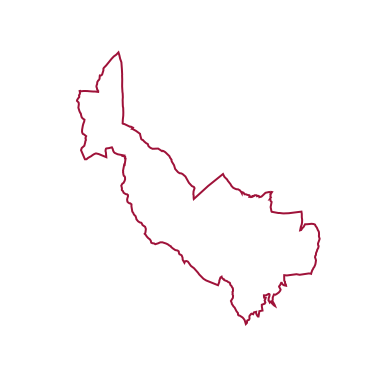 Mariano Escobedo, Veracruz, Mexico (orthographic projection), rotated 201°
{"feature_id": "50627088B59483317107239", "entity_name": "Mariano Escobedo", "entity_type": "district", "adm_level": 2, "iso_a3": "MEX", "parent_name": "Mexico", "parent_adm1": "Veracruz", "projection": "orthographic", "projection_center": [-97.17, 18.926], "detail": "fine", "context": "isolated", "style": "outline", "palette": "rose", "viewbox_px": 384, "rotation_deg": 201, "n_neighbors": 0, "source": "geoboundaries", "source_scale": "gbopen_adm2", "svg_char_len": 5987}
<svg xmlns="http://www.w3.org/2000/svg" viewBox="0 0 384 384"><g transform="rotate(201 192 192)"><path d="M65.4,205.6L66.9,205.7L68.9,205.2L72.9,203.2L74.9,202.4L75.3,199.4L76.0,197.9L76.5,195.6L77.3,195.0L77.9,198.6L77.9,200.9L78.4,203.2L79.2,205.5L80.4,207.7L81.7,211.0L82.8,212.9L94.0,206.9L98.9,204.8L99.9,204.5L102.3,203.9L104.0,203.3L110.5,202.1L111.0,202.6L113.2,206.1L114.1,211.2L115.4,211.8L116.3,213.4L116.4,213.5L116.8,213.2L116.4,215.3L117.1,215.6L117.7,217.7L118.0,217.9L117.7,218.7L117.7,218.9L117.3,220.6L118.0,220.5L117.8,219.4L119.9,219.7L123.1,217.6L124.4,214.8L125.5,212.6L127.3,211.3L127.7,212.0L127.9,212.1L128.6,212.2L129.8,211.4L130.2,212.0L130.9,212.0L132.5,211.3L132.7,210.5L134.0,210.0L133.8,209.6L133.6,209.5L133.7,209.3L134.9,208.5L135.0,208.6L136.7,208.0L136.9,209.3L137.3,209.5L138.2,209.3L140.2,209.1L140.7,209.2L141.4,209.0L142.1,208.7L143.6,209.8L145.3,209.8L145.0,208.7L145.9,209.5L147.9,210.7L149.9,211.0L151.5,210.5L152.9,210.5L155.0,210.7L157.3,211.8L159.0,213.2L162.9,215.5L163.6,216.2L166.9,217.6L167.9,218.4L169.5,219.9L179.1,203.4L187.8,186.1L188.3,187.0L189.3,189.5L189.9,190.3L190.8,193.2L191.0,196.5L192.1,197.4L194.2,197.5L198.2,199.5L203.7,204.1L207.3,205.4L208.8,205.5L210.3,205.1L212.2,205.5L216.0,207.5L218.4,210.6L221.8,213.2L222.5,214.2L222.7,214.8L224.8,216.2L226.0,217.4L231.2,219.6L233.3,220.0L234.3,219.9L234.6,219.4L239.2,220.4L244.3,218.2L246.3,218.3L247.6,218.6L249.3,219.4L250.4,220.9L252.4,221.2L254.9,222.1L256.3,222.9L256.9,222.8L258.3,223.2L260.6,226.4L261.4,227.7L266.2,229.0L269.9,229.5L270.7,229.4L270.2,230.9L272.6,231.1L273.1,230.7L279.3,231.2L281.0,231.0L281.3,231.1L282.5,234.7L283.5,238.5L284.6,241.6L286.4,245.9L287.2,247.1L287.9,248.7L289.7,253.0L290.5,255.6L292.0,259.1L292.8,260.5L295.1,265.6L297.5,272.1L299.1,275.9L299.2,276.4L301.4,281.4L304.4,287.8L306.8,290.6L308.8,293.6L310.7,296.0L311.9,293.1L313.6,290.5L314.8,287.6L317.4,279.6L318.8,276.3L318.9,275.4L318.6,274.6L318.3,273.8L318.0,269.5L318.4,268.5L319.2,267.9L319.8,267.8L319.8,267.6L318.9,264.6L319.0,263.4L319.5,262.5L319.8,260.7L319.2,258.5L319.3,257.6L319.1,256.4L318.7,255.7L317.9,254.8L317.5,254.0L317.0,253.7L316.9,253.4L315.7,252.6L315.7,252.4L315.5,251.8L318.7,251.0L320.2,250.4L324.5,249.1L325.7,248.8L329.3,247.5L331.6,246.3L332.6,246.4L333.1,246.0L332.5,245.2L331.9,243.7L331.9,242.6L332.1,242.4L332.1,241.6L331.5,240.8L331.3,240.1L331.7,239.1L332.0,237.9L332.2,236.6L332.1,235.9L329.9,234.9L329.1,233.4L328.3,230.0L326.1,227.2L324.7,225.8L324.0,225.5L322.8,223.6L321.6,222.1L320.1,221.4L318.3,221.0L317.9,219.1L317.9,216.9L317.7,214.8L316.9,210.7L316.2,208.7L315.1,207.4L314.5,207.1L313.6,207.1L310.8,206.2L310.8,204.1L310.0,203.3L310.0,202.8L309.6,202.1L309.8,201.2L309.5,200.2L309.1,196.6L310.7,193.6L310.6,191.3L303.7,184.2L302.2,184.8L301.5,186.2L300.6,187.4L298.9,189.4L298.2,190.6L297.1,192.1L296.1,193.1L295.5,193.6L292.8,194.0L284.5,193.8L286.7,198.3L287.4,199.2L287.8,200.8L287.8,201.7L287.5,202.0L285.3,203.2L282.8,205.0L281.6,203.9L280.2,202.1L279.3,201.3L278.2,200.8L274.9,200.6L268.8,201.7L269.3,200.8L267.1,201.0L266.6,199.3L266.0,199.4L264.6,193.2L265.1,193.2L264.0,187.1L263.6,186.5L263.5,185.8L263.0,185.1L262.4,183.9L261.5,182.7L260.4,182.4L259.7,181.5L259.0,179.8L258.9,178.2L259.2,175.9L260.0,174.9L260.3,172.6L258.8,170.5L258.4,169.2L258.1,168.6L256.7,168.0L255.6,166.8L253.8,166.4L252.5,166.3L251.8,166.6L250.7,166.2L250.2,165.1L250.1,163.0L249.8,161.5L248.8,159.8L247.7,159.3L246.4,159.0L245.6,159.3L244.1,158.8L243.4,156.9L240.7,152.3L239.2,151.3L238.2,150.2L236.0,149.2L235.3,148.3L234.7,147.6L234.1,146.6L231.8,145.3L229.9,144.9L228.3,145.1L227.7,144.7L226.3,143.4L223.3,142.7L221.8,140.9L221.2,138.5L220.9,137.0L221.2,136.0L219.7,135.3L218.4,134.3L216.4,133.3L214.4,132.7L213.1,131.8L211.9,130.1L210.6,130.0L208.9,130.4L207.6,130.1L205.3,131.9L203.6,133.6L201.7,134.4L197.9,134.6L196.0,134.5L193.8,133.9L192.2,133.7L191.8,133.2L189.4,132.4L186.8,131.8L184.5,132.2L183.1,131.8L182.3,130.3L181.4,129.4L180.2,129.4L178.9,129.1L177.3,127.3L176.4,125.4L173.7,123.2L173.6,124.9L172.3,125.6L170.8,125.5L166.7,122.7L165.1,122.2L162.9,121.6L157.5,118.8L155.7,117.6L150.2,115.1L147.1,114.5L134.3,114.3L134.3,117.8L134.7,119.0L134.8,122.4L134.0,123.5L133.6,122.9L133.0,122.5L131.7,121.9L131.0,122.0L130.4,121.3L127.1,121.3L125.7,120.8L125.2,120.9L124.2,120.8L123.7,120.3L123.2,119.4L122.7,118.9L121.6,118.5L120.4,117.4L119.4,116.8L118.5,115.0L118.2,114.0L118.4,113.2L117.7,112.0L117.6,111.1L116.5,109.9L115.9,107.8L116.6,104.2L115.1,102.6L114.7,101.8L112.8,100.5L112.4,100.1L110.8,99.4L107.7,96.6L105.8,95.5L105.0,93.9L104.3,93.5L103.3,93.7L99.9,93.0L98.5,92.3L96.9,91.2L94.4,88.0L93.8,89.5L94.4,91.7L94.1,92.2L93.1,92.9L92.9,93.7L93.0,94.6L93.7,96.0L93.9,96.8L93.8,97.5L93.4,98.3L93.3,99.1L93.1,99.4L92.9,99.7L91.1,99.8L91.1,101.7L90.8,102.0L89.2,103.1L89.0,102.2L87.7,100.7L86.0,99.4L85.3,99.6L86.4,104.9L83.7,106.6L85.8,110.2L86.4,111.8L84.2,113.7L84.3,114.1L83.9,114.7L83.9,115.1L85.4,116.9L85.2,118.0L85.3,119.6L86.8,119.2L87.3,120.1L87.8,121.3L85.9,122.0L84.0,124.3L83.3,124.4L82.9,124.2L82.6,123.3L82.4,122.3L82.4,120.5L81.7,118.2L81.1,117.8L80.7,117.6L80.0,116.9L79.9,117.4L79.2,118.0L78.3,117.1L75.0,115.6L73.6,115.3L74.5,116.3L77.9,119.1L78.1,120.6L78.8,122.3L78.8,125.7L77.3,126.0L76.2,127.4L74.9,129.4L74.3,131.4L74.3,132.6L75.1,133.4L76.8,134.8L76.8,135.5L76.4,136.5L76.2,139.2L75.7,139.4L74.3,138.2L72.8,137.9L70.6,138.2L71.2,139.2L72.4,140.1L73.0,141.5L74.1,142.3L75.8,146.5L76.1,147.4L73.5,148.1L65.0,152.7L61.8,153.3L53.8,157.8L52.1,158.3L51.5,158.3L51.6,159.1L51.7,161.9L51.4,163.7L51.4,164.5L51.0,165.9L50.9,168.5L51.2,170.2L51.5,171.4L51.7,172.5L52.3,173.4L53.8,175.2L54.0,176.7L53.8,177.1L53.8,177.8L54.3,179.3L54.3,180.0L54.2,182.0L54.4,182.8L54.1,185.0L54.3,186.2L54.4,186.9L55.3,187.7L55.4,188.0L55.9,189.0L56.0,193.4L56.1,194.1L57.5,195.9L57.9,196.8L58.0,197.4L58.8,199.3L59.1,199.9L59.6,200.6L60.8,201.5L62.6,203.4L64.7,204.8L65.4,205.6Z" fill="none" stroke="#9f1239" stroke-width="2"/></g></svg>